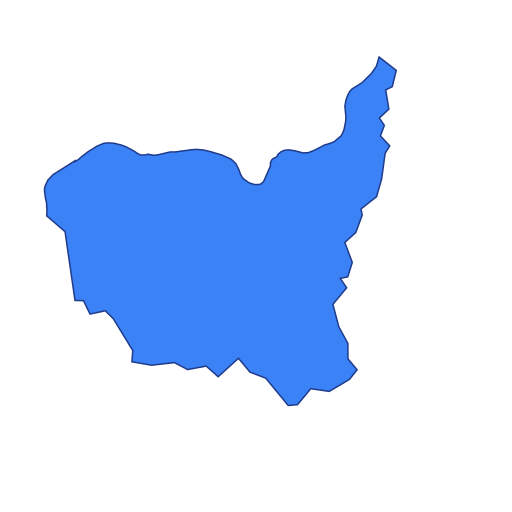 the district of Lewis, Kentucky, United States of America, rotated 343°
{"feature_id": "52423323B16414182815509", "entity_name": "Lewis", "entity_type": "district", "adm_level": 2, "iso_a3": "USA", "parent_name": "United States of America", "parent_adm1": "Kentucky", "projection": "equal_earth", "projection_center": [-83.329, 38.513], "detail": "fine", "context": "isolated", "style": "filled", "palette": "blue", "viewbox_px": 512, "rotation_deg": 343, "n_neighbors": 0, "source": "geoboundaries", "source_scale": "gbopen_adm2", "svg_char_len": 1621}
<svg xmlns="http://www.w3.org/2000/svg" viewBox="0 0 512 512"><g transform="rotate(343 256 256)"><path d="M184.5,360.4L209.3,348.7L216.3,365.3L229.6,375.7L243.1,408.4L252.2,410.3L269.6,398.9L286.5,406.9L309.3,401.3L319.4,394.4L313.9,381.2L318.3,366.5L314.5,347.9L315.4,324.7L333.4,312.9L330.0,302.0L337.6,302.8L346.2,290.3L344.9,269.0L358.3,262.7L369.5,248.0L370.2,241.7L388.7,234.5L398.7,219.0L409.5,195.6L416.1,189.8L410.1,177.6L416.9,168.6L414.3,160.1L426.0,154.4L428.6,135.1L435.8,133.9L444.4,119.5L431.9,101.7L426.8,109.5L420.0,115.0L408.0,121.3L396.7,124.3L393.9,125.9L390.9,128.8L387.6,133.2L384.8,138.7L382.5,149.9L380.9,153.9L377.2,160.7L375.1,163.4L372.5,166.0L364.0,169.6L359.2,170.0L354.4,169.8L343.1,171.9L336.4,172.5L331.2,171.2L323.9,166.7L318.2,164.0L313.9,163.2L310.2,163.7L306.9,165.1L304.8,167.3L300.8,167.9L299.0,168.8L296.9,171.3L296.3,173.9L285.4,186.6L284.0,187.6L280.8,188.7L276.1,187.5L272.5,185.3L270.3,183.4L266.6,178.6L265.7,176.2L265.1,173.2L264.8,167.9L263.7,161.6L260.5,156.1L253.0,149.5L243.0,142.9L236.8,139.3L231.0,136.9L225.9,135.6L209.3,132.9L204.4,131.4L192.2,130.6L188.2,130.0L182.1,126.9L180.4,127.2L175.4,125.7L172.9,123.6L170.3,120.3L164.2,114.1L160.1,110.8L153.4,106.8L148.4,104.8L143.4,103.7L135.9,104.5L126.2,107.1L118.6,109.9L114.2,111.9L110.5,112.8L110.8,112.0L85.9,118.8L79.1,122.6L74.8,127.4L73.5,129.6L72.8,131.8L71.6,138.8L71.2,144.1L69.4,151.4L67.6,156.4L80.5,176.9L69.9,245.6L78.0,248.3L80.3,263.0L95.8,264.3L101.2,274.2L110.5,310.4L106.4,320.9L124.2,329.9L146.8,334.1L157.4,344.6L176.2,346.7L184.5,360.4Z" fill="#3b82f6" stroke="#1e3a8a" stroke-width="1.5"/></g></svg>